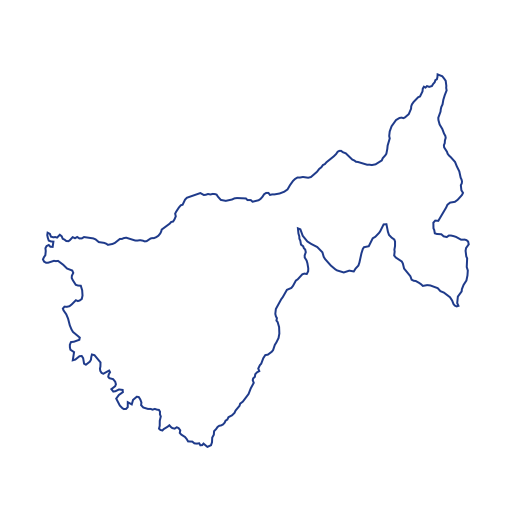 the district of Figueirópolis, Tocantins, Brazil, rotated 4°
{"feature_id": "56859067B42952523551593", "entity_name": "Figueirópolis", "entity_type": "district", "adm_level": 2, "iso_a3": "BRA", "parent_name": "Brazil", "parent_adm1": "Tocantins", "projection": "robinson", "projection_center": [-49.267, -12.239], "detail": "fine", "context": "isolated", "style": "outline", "palette": "blue", "viewbox_px": 512, "rotation_deg": 4, "n_neighbors": 0, "source": "geoboundaries", "source_scale": "gbopen_adm2", "svg_char_len": 6045}
<svg xmlns="http://www.w3.org/2000/svg" viewBox="0 0 512 512"><g transform="rotate(4 256 256)"><path d="M461.4,291.6L460.0,288.9L460.2,282.4L463.6,277.0L463.7,274.7L465.1,270.3L467.6,265.8L468.3,260.7L468.3,255.7L467.0,252.3L466.8,243.6L465.8,241.8L464.7,236.2L465.0,233.4L467.4,229.5L466.6,226.8L464.9,225.5L463.1,225.1L459.4,225.4L454.2,223.0L451.8,222.4L449.2,222.0L447.0,222.1L445.0,223.8L441.8,223.3L439.4,221.4L434.8,221.4L432.8,220.9L432.0,217.7L431.1,216.0L430.6,210.4L432.3,208.2L435.4,208.2L442.3,194.4L443.4,191.5L445.9,189.2L450.6,188.1L453.2,185.9L456.2,182.1L457.3,180.6L458.1,178.6L456.3,176.1L455.4,171.1L456.2,169.2L456.3,167.3L455.7,165.4L454.7,163.6L452.9,157.4L450.0,152.4L448.0,148.3L443.5,143.9L441.5,142.3L440.0,140.6L439.3,138.8L436.1,134.5L435.7,132.3L436.4,130.3L436.4,127.5L437.0,124.9L436.5,123.0L435.0,120.7L433.0,116.3L430.0,112.0L428.5,107.7L428.2,105.4L430.0,99.1L430.1,96.7L430.5,94.3L431.5,91.8L432.0,87.0L433.1,82.3L434.6,77.5L434.0,75.0L434.0,73.0L433.0,68.0L431.3,65.9L429.3,63.7L424.5,62.2L424.5,64.9L424.1,67.1L422.7,68.0L422.1,70.3L420.8,71.9L419.6,74.2L417.0,75.2L414.7,74.6L413.3,76.2L411.7,75.4L410.7,77.4L410.6,80.2L408.5,85.4L406.7,86.3L402.5,91.3L401.0,93.8L400.4,95.9L400.4,98.3L398.5,103.8L395.0,107.3L393.5,108.2L391.5,107.8L389.5,108.3L386.2,110.6L382.2,117.1L380.7,122.4L380.5,127.0L381.2,129.4L379.6,136.7L379.5,140.1L378.9,144.9L378.0,146.5L375.6,149.6L374.8,151.9L368.9,156.2L365.2,157.2L362.7,157.0L360.5,157.2L351.2,155.1L349.1,155.0L347.5,153.9L345.3,153.1L338.4,147.3L335.4,146.4L333.6,145.2L331.8,145.3L330.2,146.3L328.8,148.7L326.7,151.1L319.7,157.6L318.3,159.5L316.4,160.6L315.0,162.9L313.0,164.7L311.0,167.7L305.3,173.4L302.6,174.3L297.3,173.9L294.3,174.7L291.9,174.8L289.6,176.4L287.7,178.5L285.0,182.9L282.8,187.4L279.7,189.9L275.2,192.0L270.0,193.3L267.9,193.4L265.7,194.1L264.0,192.2L261.7,192.4L259.8,193.8L258.3,196.5L256.5,198.8L254.7,200.2L248.8,202.1L246.9,200.6L243.6,200.8L241.9,199.3L233.1,199.5L230.5,200.0L228.2,201.3L222.0,203.1L217.0,202.5L213.9,199.5L212.4,197.5L210.7,197.1L208.4,197.1L206.3,197.8L203.8,197.5L201.7,198.4L199.7,198.8L196.1,197.1L183.0,202.7L181.3,204.7L179.2,210.0L177.5,210.6L175.7,213.0L173.2,217.5L172.4,219.4L173.2,222.0L172.1,225.2L170.9,227.4L169.0,228.0L167.6,229.8L160.1,236.2L159.7,238.2L158.9,240.2L157.2,242.6L155.1,244.2L152.9,245.3L151.2,245.4L149.6,245.9L145.9,248.8L144.0,249.2L142.1,248.6L139.3,248.3L136.5,248.9L134.5,249.0L125.2,246.8L122.8,247.4L121.1,248.3L119.0,248.5L114.3,252.8L112.0,254.0L107.5,255.2L105.8,254.2L103.6,253.5L98.2,253.1L94.8,250.6L92.4,249.8L83.1,249.1L81.0,250.6L78.6,250.8L76.3,249.5L74.2,250.9L71.8,250.0L69.2,253.2L67.9,254.3L65.7,254.3L63.8,253.0L62.0,252.3L60.8,249.9L58.8,248.5L56.3,251.5L54.4,251.1L52.6,251.5L50.1,251.0L48.8,248.3L46.5,247.3L46.3,249.7L47.0,252.2L48.2,255.1L50.5,255.8L52.9,255.8L52.5,261.1L50.2,261.1L48.5,259.5L46.4,260.7L45.4,262.9L45.9,265.7L45.8,269.9L44.6,271.9L43.7,274.2L45.0,276.4L47.1,277.4L49.1,277.2L54.8,274.9L56.7,275.1L58.9,274.7L64.3,278.2L68.4,281.7L73.7,283.3L74.9,285.6L73.7,288.5L73.7,290.8L75.0,293.0L78.2,297.3L80.5,297.9L83.3,297.9L85.0,302.4L85.7,307.6L85.2,311.0L83.2,312.7L81.4,313.4L79.4,312.7L75.5,317.2L73.4,319.1L70.8,319.9L68.5,319.9L67.0,321.9L67.8,323.7L70.8,327.4L72.9,331.6L75.1,338.2L77.1,342.2L78.7,344.5L85.9,349.7L85.6,351.9L80.4,354.2L77.4,354.8L76.5,357.5L76.7,360.0L77.4,362.4L81.2,364.6L80.5,372.8L83.0,371.9L86.9,368.3L89.1,367.9L90.7,370.0L92.0,375.4L93.9,376.3L97.6,373.0L98.6,370.9L98.7,368.4L99.2,365.7L101.8,366.2L108.3,373.0L108.5,377.1L108.2,379.3L108.7,381.5L110.1,383.4L111.9,384.1L117.5,380.5L118.5,382.1L117.4,384.3L117.0,386.8L118.2,388.1L122.0,388.8L124.3,391.2L125.2,393.7L124.6,395.7L121.0,398.9L123.1,401.2L125.2,400.7L128.6,398.7L132.3,398.9L132.7,401.1L128.9,404.2L126.5,408.0L130.6,414.7L133.3,417.1L134.8,417.9L137.1,417.6L138.6,415.7L138.3,410.8L142.4,412.7L143.4,408.1L146.9,404.7L148.9,404.9L150.6,407.2L151.9,410.1L151.8,412.8L154.1,415.0L158.9,416.1L161.6,415.9L163.5,416.5L165.7,415.6L168.0,416.2L169.9,416.3L171.1,418.0L171.2,420.6L172.2,422.7L171.5,427.1L171.8,432.2L171.3,435.0L172.8,436.2L174.8,436.6L175.9,435.2L179.7,432.5L181.4,430.9L183.0,432.5L184.5,433.5L186.9,433.9L188.9,432.4L190.8,433.1L192.6,435.2L192.3,437.8L193.8,439.3L197.8,441.5L199.6,443.4L201.2,445.7L205.4,445.6L207.6,447.2L210.1,447.3L212.4,446.8L213.7,448.7L215.6,448.4L216.7,446.8L220.8,449.8L224.3,447.9L225.1,444.9L225.0,440.2L226.4,437.2L226.4,433.7L228.3,431.4L229.6,429.2L231.2,427.9L232.9,427.5L234.8,426.4L236.4,424.4L237.1,422.4L238.8,421.2L239.8,418.7L243.2,416.6L245.5,414.0L246.4,411.6L250.0,406.6L250.5,404.4L253.0,402.2L258.2,394.2L260.0,388.4L262.6,382.7L261.4,380.1L261.7,378.3L263.3,376.6L263.5,374.0L265.1,372.0L267.3,370.6L266.1,368.1L267.5,364.6L268.7,363.1L270.4,357.4L272.2,354.2L274.7,353.6L278.4,350.4L279.6,348.7L281.0,343.3L282.3,340.9L284.2,336.3L284.7,331.8L284.0,325.3L282.2,320.4L280.9,319.0L281.2,316.5L280.1,314.9L279.3,312.4L279.5,307.5L284.2,297.3L285.5,295.3L289.2,287.6L293.5,285.4L295.0,283.2L297.5,277.7L299.2,276.4L303.5,271.0L305.5,270.2L307.9,270.4L309.1,267.6L309.0,264.7L307.8,259.7L306.8,257.0L304.7,254.1L304.5,252.0L305.4,248.7L304.6,246.1L303.2,244.9L302.4,243.0L300.1,241.5L299.1,237.5L298.1,235.8L297.8,233.3L296.8,230.7L295.9,225.5L298.4,226.3L301.2,232.6L306.2,237.9L310.2,240.1L316.5,242.8L322.0,247.7L323.6,252.1L325.1,254.2L331.3,260.3L336.1,263.8L337.8,264.7L344.7,266.3L350.1,264.1L354.6,264.6L356.2,261.6L358.8,258.4L359.6,255.4L361.0,245.9L362.1,241.4L363.1,239.7L367.8,238.4L371.2,230.2L373.7,228.5L377.2,224.3L378.2,222.6L381.1,215.6L383.9,215.2L385.9,222.6L387.2,225.7L390.0,228.2L392.8,229.9L393.7,231.9L394.0,236.4L393.6,240.1L394.0,241.9L393.8,245.9L395.6,247.8L401.8,251.3L403.0,253.2L404.6,258.2L411.4,265.4L412.9,268.8L415.1,269.7L417.1,269.8L420.5,271.4L422.7,272.7L424.5,274.2L428.8,273.1L431.9,273.2L439.5,275.4L442.4,278.2L446.0,279.4L452.4,283.6L454.8,286.8L456.4,290.2L457.8,291.6L459.7,292.3L461.4,291.6Z" fill="none" stroke="#1e3a8a" stroke-width="2"/></g></svg>